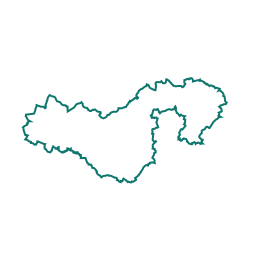 outline of Baltinglass Lea-6, Wicklow, Ireland, rotated 254°
{"feature_id": "5873133B22148829487271", "entity_name": "Baltinglass Lea-6", "entity_type": "district", "adm_level": 2, "iso_a3": "IRL", "parent_name": "Ireland", "parent_adm1": "Wicklow", "projection": "mercator", "projection_center": [-6.547, 52.958], "detail": "fine", "context": "isolated", "style": "outline", "palette": "teal", "viewbox_px": 256, "rotation_deg": 254, "n_neighbors": 0, "source": "geoboundaries", "source_scale": "gbopen_adm2", "svg_char_len": 5917}
<svg xmlns="http://www.w3.org/2000/svg" viewBox="0 0 256 256"><g transform="rotate(254 128 128)"><path d="M175.4,57.1L173.0,55.1L171.8,55.0L171.4,54.6L170.9,54.8L170.0,54.3L169.9,53.6L171.2,53.2L171.9,52.1L172.5,50.1L175.2,46.4L173.7,45.9L172.2,44.5L170.8,43.9L167.7,41.6L168.7,35.0L169.0,33.7L167.4,32.9L165.9,33.5L163.2,34.0L161.4,35.8L161.7,34.6L161.4,33.8L160.7,32.5L160.4,32.3L159.7,32.8L159.2,32.2L158.9,31.7L158.3,28.7L157.6,27.2L156.8,27.5L155.1,27.1L149.6,27.3L149.2,27.8L149.2,28.8L148.5,29.5L148.4,29.2L146.6,27.8L145.3,26.1L144.2,27.9L142.4,29.3L141.4,30.9L140.4,30.5L139.6,32.3L137.8,33.5L137.9,34.8L137.5,35.0L138.5,36.2L139.9,37.0L139.5,37.4L139.8,37.9L135.8,42.8L135.4,43.9L133.3,42.6L131.2,42.3L131.1,42.8L127.4,44.2L126.0,46.5L126.1,46.9L127.5,48.3L127.4,48.6L129.9,50.0L130.9,51.0L129.5,51.9L128.0,53.7L127.9,54.5L128.7,55.2L128.8,56.1L127.4,55.8L127.2,54.9L127.0,55.5L125.8,55.1L122.8,57.6L123.1,58.5L122.3,58.8L122.4,60.1L122.9,59.9L123.2,60.9L123.2,62.4L122.8,62.5L122.8,62.8L125.2,64.1L124.6,65.1L123.6,64.7L123.0,65.6L123.8,67.3L122.0,66.9L121.5,68.3L120.9,68.8L120.6,69.0L119.6,68.6L118.7,69.7L119.3,70.4L119.2,71.0L117.7,71.3L117.9,72.5L118.6,72.5L118.6,72.9L117.1,72.9L116.7,73.9L115.1,74.0L115.3,74.8L115.1,75.2L113.0,74.8L112.1,74.3L111.0,78.8L105.9,79.2L104.6,80.3L103.7,80.0L102.8,82.6L99.5,82.7L99.0,84.2L96.5,85.6L95.4,85.6L94.7,86.2L93.6,85.5L91.4,86.4L89.8,88.2L88.7,88.3L87.9,88.8L88.7,90.9L88.4,92.5L88.3,95.6L87.2,96.7L87.1,98.0L86.6,98.6L83.9,101.5L84.0,101.9L83.0,103.4L81.6,103.5L81.0,103.1L80.7,104.0L79.6,104.3L78.5,105.2L78.0,106.0L79.1,106.4L78.4,107.9L80.6,109.7L78.7,111.4L76.0,113.0L76.3,113.6L74.8,115.8L75.6,117.0L74.9,117.9L75.9,121.4L76.3,121.6L77.8,120.9L79.6,125.3L80.0,125.3L81.7,127.9L82.2,128.0L83.8,130.2L85.9,132.0L87.2,134.6L87.2,136.0L86.4,136.8L87.8,137.7L87.6,138.9L88.4,139.2L88.6,139.9L88.0,142.4L87.0,144.0L88.2,144.0L89.3,144.6L90.6,144.5L92.7,143.2L95.1,145.5L96.9,146.4L96.8,147.8L98.6,148.3L99.5,147.6L100.5,147.8L101.4,146.0L102.6,146.7L104.5,146.9L105.3,147.5L107.3,151.2L107.7,150.9L107.4,150.1L108.0,149.1L109.8,148.4L115.3,150.7L115.6,149.6L115.9,149.6L117.7,150.6L119.5,150.7L120.0,151.0L120.2,151.6L119.9,153.4L120.5,155.1L120.2,156.0L120.5,157.3L125.5,156.8L128.9,159.1L129.3,158.5L130.2,158.2L130.4,157.4L130.2,156.3L130.9,155.9L130.7,154.9L131.5,154.5L131.4,153.6L133.1,153.7L133.1,154.1L133.4,154.2L133.6,154.0L133.4,153.6L133.8,153.4L134.3,154.7L134.9,155.3L137.9,157.0L138.7,158.1L137.9,159.5L137.7,160.3L138.0,160.7L138.0,161.6L137.8,161.9L137.3,161.7L136.1,162.3L134.7,162.1L133.3,162.7L134.5,164.8L134.1,168.3L134.7,170.4L134.8,172.8L133.5,174.7L133.4,175.3L133.7,176.0L133.4,176.8L134.2,178.3L134.5,178.7L135.3,178.7L135.7,179.4L133.7,179.7L132.1,178.7L130.5,179.1L129.0,179.0L128.6,179.7L125.3,181.1L126.3,182.4L124.8,183.7L123.7,185.9L123.4,185.3L121.1,184.1L120.4,185.3L118.1,184.6L117.6,184.0L116.8,184.0L116.1,182.9L115.5,183.5L114.3,183.9L111.5,179.9L112.1,179.2L112.0,178.2L111.0,177.7L109.2,175.8L107.3,176.2L106.6,175.1L105.6,174.6L105.5,173.9L103.2,173.3L103.4,174.9L101.9,174.6L101.3,175.0L101.1,176.1L102.3,177.4L102.4,177.9L102.1,178.3L102.5,178.7L101.5,180.6L100.0,181.2L98.6,181.0L98.4,181.5L96.3,182.3L94.8,184.6L94.8,185.2L95.9,185.6L95.7,186.1L96.0,186.7L96.1,188.0L95.4,188.5L94.2,188.6L94.7,189.2L94.3,190.3L94.8,191.3L93.6,192.8L93.5,193.4L92.8,193.3L92.9,194.0L92.6,194.5L93.1,194.9L92.9,195.3L94.0,194.7L95.1,195.0L95.4,195.4L95.2,195.9L95.9,196.6L97.0,195.4L98.7,194.3L100.0,194.0L101.3,195.0L102.3,196.4L102.5,197.4L105.0,198.1L105.4,199.0L105.6,201.1L106.2,202.1L107.3,203.1L107.4,204.3L107.0,205.0L105.8,205.8L105.5,206.4L109.9,211.4L110.6,212.5L111.9,214.9L112.2,216.6L113.4,218.4L113.1,220.2L114.1,219.2L113.9,218.4L114.7,218.2L116.2,219.6L117.1,219.8L117.8,219.5L118.1,222.7L120.4,223.1L123.2,221.6L123.2,222.7L124.1,223.0L124.1,225.7L124.5,226.9L124.1,227.8L124.0,228.7L125.2,229.9L126.8,228.8L131.8,229.5L132.5,228.4L133.9,229.1L135.4,228.9L138.7,226.9L139.0,226.4L138.9,225.4L140.4,226.9L142.3,224.2L142.3,222.7L143.6,222.6L144.6,221.6L144.4,221.3L146.1,219.7L146.1,218.8L145.8,217.9L147.2,217.2L147.5,216.7L148.4,216.5L148.2,215.7L148.7,215.4L148.6,215.1L150.2,214.5L150.2,213.9L151.4,213.6L153.4,211.3L153.3,210.7L153.5,210.1L154.7,210.4L154.4,208.9L154.7,208.1L154.8,203.2L156.3,203.7L158.2,203.0L158.4,202.0L158.1,200.6L158.5,200.7L158.3,200.1L159.0,198.4L158.4,196.9L158.5,195.4L156.1,194.6L154.8,195.2L154.2,195.1L153.8,194.1L152.4,192.8L152.2,191.5L153.6,190.8L154.4,188.4L154.9,185.4L156.1,183.2L156.7,183.2L158.2,182.0L159.4,181.9L160.8,180.8L161.6,180.7L163.8,179.1L164.2,178.2L162.4,177.5L161.0,176.4L161.0,175.1L161.5,173.9L163.8,173.0L163.2,171.6L164.2,168.0L164.0,167.3L162.9,166.6L161.4,166.8L156.8,164.8L157.2,163.8L160.3,160.3L161.1,159.9L162.9,159.8L164.1,159.1L164.8,158.1L163.2,157.4L163.1,155.3L162.0,153.0L161.7,152.2L161.9,151.6L160.8,148.7L158.9,147.1L158.4,146.0L157.3,145.1L156.2,144.8L155.5,145.5L154.2,146.0L153.7,145.0L154.4,144.9L154.4,143.7L154.9,143.1L154.6,142.0L154.1,141.6L153.9,140.3L153.1,138.6L153.4,137.6L152.9,137.3L153.3,137.1L152.5,136.5L152.6,136.2L152.3,135.7L151.3,135.0L150.3,133.4L148.7,131.8L148.9,130.8L148.8,130.2L149.0,129.9L148.6,127.5L149.7,124.3L148.5,123.9L147.2,122.4L146.9,121.5L146.9,120.8L147.6,119.0L147.6,116.3L146.9,114.7L146.0,114.1L145.9,113.3L146.3,111.9L144.8,110.6L144.2,108.7L144.1,106.9L145.6,105.2L147.9,103.9L149.0,104.5L149.5,105.8L150.8,106.0L152.4,103.0L154.8,101.5L154.7,101.1L155.1,100.5L154.8,99.9L155.3,99.0L154.5,97.1L154.9,96.0L156.6,94.6L156.8,94.9L158.7,94.1L159.3,92.5L160.7,91.1L162.2,90.7L163.8,91.1L165.6,90.3L165.1,89.1L165.2,85.7L164.7,84.5L162.6,81.9L160.5,74.6L165.3,75.8L165.8,74.5L166.5,74.6L167.2,73.9L167.7,72.1L169.1,70.7L171.4,69.9L173.4,67.0L176.8,66.5L178.2,65.9L178.7,65.3L179.2,64.0L181.2,61.7L179.2,59.2L177.2,58.3L176.5,57.3L175.4,57.1Z" fill="none" stroke="#0f766e" stroke-width="2"/></g></svg>